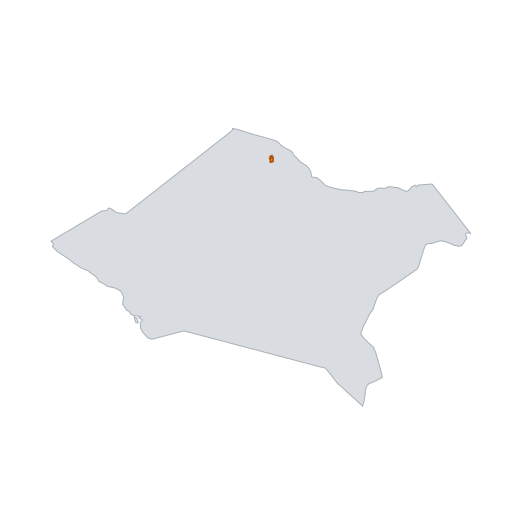 Khwisero, Western, Kenya shown in context, rotated 105°
{"feature_id": "3690345B3814928417926", "entity_name": "Khwisero", "entity_type": "district", "adm_level": 2, "iso_a3": "KEN", "parent_name": "Kenya", "parent_adm1": "Western", "projection": "equal_earth", "projection_center": [34.567, 0.147], "detail": "fine", "context": "in_parent", "style": "filled", "palette": "amber", "viewbox_px": 512, "rotation_deg": 105, "n_neighbors": 0, "source": "geoboundaries", "source_scale": "gbopen_adm2", "svg_char_len": 4404}
<svg xmlns="http://www.w3.org/2000/svg" viewBox="0 0 512 512"><g transform="rotate(105 256 256)"><path d="M138.7,311.6L138.6,304.8L139.3,287.6L139.3,272.5L139.9,264.9L142.7,260.1L143.9,256.7L144.9,251.8L146.3,247.8L149.6,244.6L150.2,242.8L153.7,237.4L155.8,230.5L157.3,228.1L159.3,226.0L160.7,224.8L163.0,223.7L164.8,223.0L165.1,222.5L165.2,221.4L164.6,217.1L165.4,215.7L166.6,212.8L168.0,210.1L169.3,208.4L170.0,206.7L170.3,203.6L170.4,201.5L170.3,198.0L169.9,190.1L168.5,183.4L167.6,176.0L168.2,173.5L167.1,169.2L166.5,168.9L165.5,168.0L164.3,163.9L163.4,160.1L162.9,159.2L158.9,155.9L157.0,148.1L154.8,146.4L153.6,138.7L153.3,136.5L154.6,128.9L154.5,127.1L153.1,125.5L149.4,123.9L146.4,120.7L146.8,119.6L147.1,118.4L145.5,117.7L140.9,104.6L146.8,96.7L152.8,88.7L160.4,78.6L167.4,69.4L173.5,61.4L178.9,54.2L178.7,55.6L178.8,57.4L179.4,58.5L180.5,59.3L182.1,58.5L183.4,57.3L184.7,57.1L192.9,60.1L194.2,62.7L194.1,65.5L194.5,67.5L193.9,69.5L193.2,75.7L193.4,81.3L195.8,85.5L198.0,88.7L199.8,93.3L201.0,94.8L202.8,95.5L208.4,95.7L216.6,96.0L224.6,96.3L225.3,96.4L227.0,97.0L234.3,103.2L241.0,108.9L246.7,113.8L252.2,118.6L257.6,123.3L261.7,127.2L265.8,128.4L272.5,128.9L277.1,129.1L281.3,130.8L287.7,132.3L292.4,133.1L295.3,133.9L303.2,134.8L304.5,134.3L307.9,130.0L311.8,123.0L313.4,119.2L318.4,115.3L327.3,110.0L333.5,106.3L340.4,102.5L343.6,105.7L348.0,111.0L349.9,113.6L351.5,114.8L353.9,115.5L356.8,115.5L358.3,115.4L361.6,114.7L369.1,114.1L373.4,114.2L369.8,121.1L365.5,129.5L357.5,144.9L351.4,153.0L346.9,159.1L346.4,160.2L346.5,167.1L346.6,183.8L346.7,217.2L346.8,250.6L346.9,284.0L347.0,300.7L347.0,306.3L351.0,313.4L354.9,320.2L360.1,329.3L362.9,334.2L363.4,335.8L363.2,339.0L358.9,345.8L355.4,348.9L350.7,350.4L349.3,350.1L347.4,349.2L346.7,350.8L346.1,353.3L345.1,352.8L344.3,352.1L344.8,356.6L345.2,358.8L344.5,361.8L342.2,364.5L342.0,366.7L337.0,372.5L330.0,373.1L326.3,376.0L324.6,378.4L323.4,383.6L323.8,391.5L321.8,397.6L321.4,400.7L317.8,404.6L316.2,408.3L315.0,412.0L313.9,413.6L312.7,421.9L311.0,426.9L310.5,428.6L310.1,430.1L308.8,433.1L307.9,435.1L307.3,436.4L303.0,449.3L299.6,455.1L297.0,454.5L295.2,456.7L295.0,457.8L294.1,457.2L291.9,455.1L287.4,450.7L282.9,446.3L278.4,441.9L273.9,437.6L269.4,433.2L264.9,428.8L260.4,424.4L255.9,420.0L253.2,417.5L252.1,416.0L251.2,412.9L250.7,412.2L249.5,411.2L248.1,411.0L247.7,410.4L247.7,409.0L248.2,406.9L249.9,402.9L250.0,400.5L249.7,397.8L249.2,393.5L248.8,392.6L245.8,390.3L239.5,385.6L233.2,380.9L227.0,376.2L220.7,371.4L214.4,366.7L208.2,362.0L201.9,357.3L195.6,352.6L189.4,347.9L183.1,343.1L176.8,338.4L170.5,333.7L164.3,329.0L158.0,324.3L151.7,319.5L145.4,314.8L143.1,313.1L141.0,311.6L138.7,311.6ZM347.4,357.4L346.3,357.8L346.8,355.5L350.1,352.6L351.4,353.2L351.6,353.9L351.6,354.5L351.0,355.1L347.4,357.4Z" fill="#d9dde1" stroke="#a8b0b8" stroke-width="1"/><path d="M155.8,265.8L155.8,266.0L155.8,266.3L155.7,266.4L155.6,266.5L155.4,266.6L155.2,266.7L155.0,266.8L155.2,267.0L155.2,266.9L155.3,267.0L155.5,267.1L155.7,267.3L155.5,267.5L155.8,267.7L156.0,267.7L156.1,267.8L156.1,267.7L156.2,267.4L156.3,267.4L156.4,267.2L156.2,267.1L156.2,266.9L156.3,267.0L156.3,266.9L156.4,267.0L156.5,267.1L156.6,266.9L156.7,266.7L156.8,266.8L157.0,266.9L157.2,266.7L157.3,266.5L157.3,266.4L157.5,266.3L157.7,266.6L157.8,266.6L157.9,266.8L157.8,267.0L157.7,267.2L157.6,267.3L157.8,267.3L157.9,267.5L158.0,267.5L157.9,267.7L157.9,267.8L157.9,268.0L158.0,268.1L158.3,267.9L158.4,268.0L158.5,267.9L158.6,267.7L158.8,267.7L158.8,267.4L158.8,267.2L159.0,267.2L159.3,267.0L159.5,267.0L159.6,266.9L159.8,266.8L160.0,266.8L160.1,266.7L160.3,266.7L160.4,266.8L160.5,266.7L160.7,266.8L160.8,266.8L161.0,266.8L161.2,266.7L161.3,266.7L161.5,266.7L161.6,266.3L161.6,266.2L161.6,265.9L161.6,265.7L161.5,265.4L161.4,265.2L161.4,265.3L161.2,265.3L161.0,265.2L160.9,265.2L160.9,264.9L160.8,264.7L160.7,264.5L160.7,264.4L160.5,264.2L160.4,264.0L160.3,263.9L160.2,263.9L159.9,264.0L160.0,264.1L160.0,264.3L159.9,264.5L159.7,264.6L159.6,264.4L159.4,264.4L159.2,264.4L159.1,264.5L158.9,264.5L158.8,264.4L158.7,264.4L158.4,264.4L158.3,264.5L158.3,264.4L158.2,264.4L158.2,264.5L157.9,264.6L157.8,264.8L157.7,265.0L157.4,265.2L157.2,264.9L157.0,265.0L156.9,265.1L156.9,265.3L156.7,265.3L156.7,265.2L156.5,264.9L156.4,264.9L156.3,265.0L156.2,265.0L156.1,265.3L156.1,265.5L156.1,265.8L155.9,265.8L155.8,265.8Z" fill="#f59e0b" stroke="#b45309" stroke-width="1.5"/></g></svg>